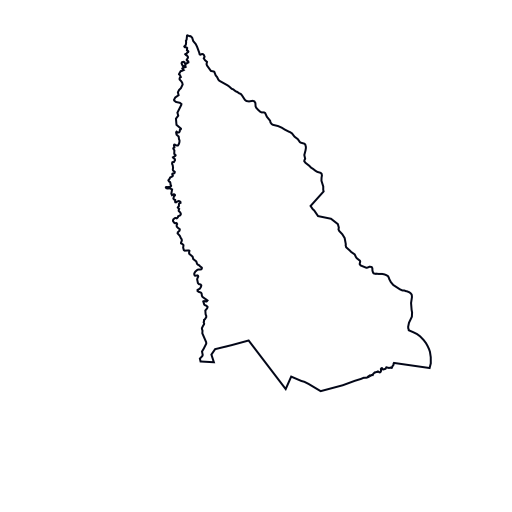 Beitbridge, Matabeleland South, Zimbabwe, rotated 224°
{"feature_id": "62879985B95307090216295", "entity_name": "Beitbridge", "entity_type": "district", "adm_level": 2, "iso_a3": "ZWE", "parent_name": "Zimbabwe", "parent_adm1": "Matabeleland South", "projection": "orthographic", "projection_center": [30.386, -21.812], "detail": "fine", "context": "isolated", "style": "outline", "palette": "ink", "viewbox_px": 512, "rotation_deg": 224, "n_neighbors": 0, "source": "geoboundaries", "source_scale": "gbopen_adm2", "svg_char_len": 6113}
<svg xmlns="http://www.w3.org/2000/svg" viewBox="0 0 512 512"><g transform="rotate(224 256 256)"><path d="M425.9,319.5L423.4,317.9L424.2,313.9L423.4,311.3L422.7,311.0L420.6,311.2L417.2,313.3L415.2,313.5L414.7,312.8L412.1,304.5L409.4,302.9L409.0,299.2L404.3,295.1L398.5,295.5L398.1,294.9L398.4,294.3L398.4,293.9L397.4,292.6L397.2,291.6L398.0,290.4L399.5,290.3L399.5,289.9L399.2,289.3L397.4,288.1L394.6,288.2L392.5,286.5L391.4,286.1L390.3,284.9L389.4,283.3L388.9,281.4L389.3,280.8L390.7,279.9L391.9,279.7L392.2,279.2L391.8,278.5L390.1,277.4L390.4,276.5L390.3,276.0L389.6,275.6L388.1,275.3L385.8,272.7L383.9,272.7L383.7,272.5L383.6,272.0L384.3,269.3L383.6,269.1L381.6,269.3L380.8,268.6L380.3,266.5L381.1,265.8L381.3,265.2L380.4,264.0L378.9,263.4L376.9,261.8L376.0,260.5L375.4,260.1L375.0,259.9L372.9,260.1L372.5,259.6L372.3,259.2L372.4,258.4L373.2,257.5L373.3,257.1L372.9,256.5L371.8,256.2L371.5,255.8L371.5,255.1L372.3,252.8L371.8,251.5L371.7,249.9L371.5,249.5L370.2,249.2L369.2,249.5L368.2,249.0L367.1,248.0L366.0,247.7L365.7,247.4L365.6,246.8L366.1,245.8L367.3,244.3L368.3,243.5L368.6,242.9L368.4,242.6L367.5,242.5L366.5,243.1L365.0,244.8L362.6,245.6L360.2,242.0L358.7,241.4L358.1,243.2L357.6,243.6L356.9,243.7L356.4,243.3L356.4,241.8L355.3,239.9L354.2,239.7L353.1,240.2L351.8,238.8L351.4,238.6L350.8,239.0L350.5,240.4L349.8,241.9L348.9,242.3L347.9,242.4L347.2,241.8L347.7,240.5L347.6,239.9L346.1,238.3L346.1,237.0L345.9,236.5L344.0,236.5L343.5,235.3L342.8,234.7L341.0,234.7L339.9,234.4L339.2,234.0L338.9,233.3L338.8,232.5L339.6,230.5L339.1,229.6L339.1,228.4L339.2,228.0L340.2,227.6L340.7,226.8L340.9,224.9L340.5,224.0L339.8,223.4L337.7,223.1L337.0,223.3L336.4,224.3L335.8,224.5L334.9,224.2L334.5,223.0L333.4,222.1L331.7,222.0L329.5,222.3L329.1,222.0L328.6,221.1L328.7,218.7L328.1,217.8L324.9,217.6L322.3,216.6L321.1,216.4L320.0,215.5L319.2,213.5L318.7,213.0L317.2,213.5L315.9,213.5L315.5,213.2L314.2,211.4L312.0,210.1L311.0,210.3L308.8,212.7L308.1,213.4L307.5,213.5L306.3,211.7L305.5,211.2L301.2,211.5L299.0,210.2L295.2,210.6L292.9,209.4L291.6,209.4L290.3,209.9L289.5,209.7L286.9,210.0L286.3,209.4L286.1,208.7L286.3,208.0L288.2,206.1L288.6,205.0L288.8,202.5L288.3,200.6L287.4,199.7L286.4,199.4L285.8,199.8L284.6,201.4L284.0,201.5L283.2,201.0L282.6,199.1L282.1,198.3L279.0,196.2L277.5,196.1L276.1,197.0L275.0,196.9L274.2,195.7L273.7,193.5L274.5,191.0L273.7,190.2L272.3,190.4L270.5,191.3L269.8,191.4L268.9,191.1L267.3,189.8L266.0,189.4L260.0,190.3L259.9,189.2L260.2,188.6L262.1,187.5L262.4,186.7L259.5,185.1L258.4,185.2L257.1,185.8L255.4,185.7L254.8,184.4L254.6,181.6L251.8,179.1L250.1,178.3L249.3,177.4L248.8,174.9L249.0,173.9L248.0,172.9L247.7,172.0L246.4,171.4L245.9,170.7L245.7,169.4L244.8,166.5L243.9,165.8L242.6,165.1L240.9,163.1L232.0,159.4L230.9,158.4L229.2,152.9L228.5,149.8L225.6,147.8L225.1,146.7L225.1,143.2L222.6,141.6L212.5,150.3L219.6,154.1L220.7,160.6L211.7,174.8L202.6,190.1L142.2,180.9L146.9,193.7L136.6,197.6L133.8,199.1L129.3,200.5L115.6,203.7L103.8,223.3L98.2,234.9L95.1,240.5L94.0,243.1L91.9,245.3L90.9,247.4L91.0,247.6L91.5,247.6L91.1,249.3L90.3,249.4L90.2,250.7L89.3,251.4L89.8,252.6L89.7,254.8L89.2,255.2L88.9,256.2L88.2,256.8L88.1,257.7L86.4,258.0L85.9,258.6L85.9,259.4L86.3,260.3L87.7,261.5L87.8,262.5L87.3,262.9L86.2,262.5L85.6,262.8L84.5,264.8L84.9,266.5L82.9,267.6L82.0,268.5L81.6,269.4L80.9,269.5L80.6,269.9L81.2,271.3L81.5,273.3L82.3,274.2L82.5,274.9L53.3,296.0L55.7,300.2L60.0,304.6L64.3,307.9L66.8,309.2L70.2,310.5L73.2,311.4L77.0,312.0L82.2,312.2L86.0,311.7L90.0,310.4L94.5,308.7L95.1,309.2L96.2,309.7L97.4,310.8L99.6,314.3L101.7,320.6L104.5,323.8L106.6,325.3L111.8,329.9L115.3,334.8L116.9,336.2L117.8,336.5L119.2,336.6L120.5,336.4L122.8,335.5L124.0,334.7L125.2,334.3L126.8,332.9L129.3,332.0L137.1,330.5L140.9,330.9L144.2,332.0L144.8,332.4L146.9,333.2L148.8,332.8L150.8,332.0L152.7,330.8L155.4,328.2L157.3,326.8L157.3,326.4L159.1,325.3L160.1,325.3L162.0,326.3L163.8,328.0L165.1,328.4L166.8,327.3L167.8,325.0L168.4,324.2L174.1,321.9L175.6,322.1L176.1,322.6L177.1,324.3L178.0,324.8L182.0,324.4L183.5,324.7L186.1,325.7L190.4,325.0L192.4,325.1L197.2,324.9L199.1,326.1L199.5,326.8L204.7,330.5L209.0,331.6L213.5,331.8L215.1,332.4L216.2,334.0L219.3,335.8L227.9,334.9L239.1,327.8L245.8,329.2L247.7,329.1L251.5,329.9L252.2,349.4L253.6,350.3L255.9,352.7L261.2,355.6L263.2,357.8L264.5,359.7L265.9,360.7L267.3,360.7L270.3,359.1L272.4,358.6L275.4,358.3L277.8,357.8L280.2,357.9L285.1,357.4L287.1,357.7L287.7,358.5L288.2,360.1L291.4,362.2L293.7,366.3L295.1,368.3L296.0,369.2L298.0,370.4L299.2,370.4L302.6,368.6L303.5,368.4L307.1,369.1L311.2,368.6L315.3,369.2L317.8,368.7L318.6,368.3L323.2,366.9L326.6,366.2L330.4,364.8L335.0,362.1L336.3,361.8L338.3,362.1L339.8,363.1L344.9,363.7L348.7,365.2L349.9,364.9L351.7,363.2L353.1,362.7L356.0,362.6L358.9,362.8L360.3,363.4L362.7,365.6L364.6,366.1L366.2,365.3L368.4,362.3L370.6,360.8L372.5,360.6L377.6,361.8L379.5,362.0L381.2,361.3L383.6,361.0L384.1,360.6L386.2,360.2L388.0,360.1L389.6,359.4L392.9,359.3L395.0,359.0L404.1,356.6L405.6,356.7L408.3,357.7L410.4,357.9L413.9,359.5L414.5,359.4L417.0,357.8L423.6,359.0L424.9,359.7L426.1,361.6L428.7,361.4L430.9,361.9L431.4,363.6L433.2,364.4L434.6,364.3L435.4,363.4L435.7,362.3L436.1,362.0L436.6,361.9L438.2,362.9L443.8,365.6L446.6,366.6L450.4,367.0L453.6,368.7L455.8,368.7L456.1,368.2L458.7,367.0L458.7,366.6L456.2,363.4L455.9,362.1L454.9,361.4L453.4,359.5L453.1,358.6L453.2,357.4L453.1,356.9L452.3,356.7L450.8,357.8L450.0,357.8L448.6,356.0L447.5,356.3L446.7,356.1L446.4,355.5L446.8,354.6L446.4,353.1L447.1,352.4L447.1,352.0L446.1,351.9L444.6,352.2L443.4,352.0L442.7,351.4L442.1,348.9L441.4,348.7L440.1,349.0L439.3,348.6L439.1,348.3L439.6,347.4L439.4,347.2L439.9,345.5L439.9,345.0L440.8,344.9L441.8,345.7L442.9,345.5L443.3,344.7L443.8,344.3L443.5,343.0L442.6,342.5L440.7,341.8L439.3,343.0L439.2,343.5L438.9,343.8L437.9,343.1L439.3,340.2L439.3,339.7L438.8,339.5L437.2,339.5L438.0,337.4L438.6,336.7L437.8,333.5L437.6,333.2L436.4,333.3L434.4,332.5L434.7,331.5L434.0,330.2L433.4,329.9L431.3,329.8L429.5,329.4L427.9,328.4L426.6,324.5L426.7,322.1L425.9,319.5Z" fill="none" stroke="#020617" stroke-width="2"/></g></svg>